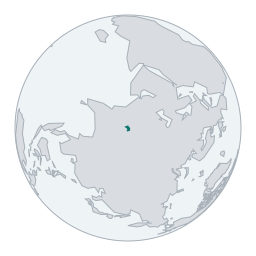 the Earth from above Azad Kashmir, rotated 134°
{"feature_id": "PAK-1109", "entity_name": "Azad Kashmir", "entity_type": "Centrally Administered Area", "adm_level": 1, "iso_a3": "PAK", "parent_name": "Pakistan", "parent_adm1": "", "projection": "orthographic", "projection_center": [73.919, 33.973], "detail": "fine", "context": "on_globe", "style": "filled", "palette": "teal", "viewbox_px": 256, "rotation_deg": 134, "n_neighbors": 0, "source": "natural_earth", "source_scale": "10m", "svg_char_len": 11463}
<svg xmlns="http://www.w3.org/2000/svg" viewBox="0 0 256 256"><g transform="rotate(134 128 128)"><circle cx="128" cy="128" r="113" fill="#eef3f6" stroke="#a8b0b8"/><path d="M154.7,18.6L155.9,19.3L164.0,23.3L169.3,25.2L166.0,24.5L177.9,29.1L184.0,33.0L175.4,28.2L173.2,27.5L176.5,29.9L174.9,29.7L175.7,30.9L173.5,30.6L168.6,28.1L167.2,28.0L169.6,29.7L169.0,30.7L165.6,28.2L164.2,29.8L155.8,26.7L148.5,21.3L142.1,20.5L130.1,17.6L129.5,18.1L124.5,17.7L122.0,18.3L120.5,17.9L119.7,18.7L121.6,19.0L121.9,19.6L120.6,20.0L118.4,19.5L118.8,19.2L117.4,19.3L116.9,18.9L116.4,19.3L114.0,18.8L114.4,20.0L110.8,20.2L109.7,19.7L112.4,18.8L116.8,16.4L116.5,16.1L113.4,16.4L102.0,18.4L100.9,18.7L109.8,16.8L118.8,15.7L127.8,15.4L136.9,15.7L145.9,16.8L154.7,18.6ZM96.7,19.8L99.2,19.1L97.4,19.9L101.0,19.2L100.8,19.5L103.5,19.5L100.2,20.6L95.6,21.8L93.2,22.0L91.1,22.6L91.1,23.5L84.4,25.3L76.2,29.1L74.7,29.6L76.1,28.2L82.0,25.2L82.5,25.0L96.7,19.8ZM80.5,25.9L79.7,26.2L78.4,26.9L80.5,25.9ZM73.1,29.7L71.4,30.6L71.5,30.6L73.1,29.7ZM158.2,19.5L158.3,19.5L156.6,19.1L156.9,19.1L158.2,19.5ZM173.4,26.9L171.5,25.7L173.9,26.9L173.4,26.9ZM176.1,31.1L177.2,31.5L177.1,31.9L176.1,31.1ZM105.1,18.9L104.3,19.2L104.2,19.0L105.1,18.9ZM107.0,18.7L107.4,18.3L108.4,18.2L108.1,18.4L107.0,18.7ZM173.8,32.0L173.3,32.7L172.9,31.5L173.8,32.0ZM106.2,19.2L110.1,18.0L111.8,17.8L112.0,18.6L106.2,19.2ZM172.5,32.9L171.5,35.0L173.8,36.0L166.9,34.6L170.0,33.1L169.2,31.4L170.9,32.6L172.5,32.9ZM122.8,19.0L120.7,18.7L123.7,18.5L122.8,19.0ZM124.6,18.8L133.2,18.2L135.5,19.1L132.2,19.0L136.2,20.0L133.1,20.7L130.2,20.3L129.3,19.5L128.8,20.4L124.6,18.8ZM163.2,33.6L162.2,33.8L162.3,33.1L163.2,33.6ZM122.2,19.8L123.8,19.5L125.9,20.2L123.2,20.9L123.4,20.4L122.2,19.8ZM138.8,20.0L139.9,20.8L137.7,21.5L137.8,21.9L133.2,20.8L138.8,20.0ZM122.2,20.5L121.8,21.3L119.6,21.4L120.9,20.1L122.2,20.5ZM127.6,20.1L128.5,20.5L127.1,20.5L127.6,20.1ZM111.5,22.6L113.2,22.1L114.5,22.4L111.5,22.6ZM121.8,21.6L122.6,21.5L123.3,21.6L122.6,22.2L121.8,21.6ZM132.0,21.5L130.9,21.7L133.8,22.0L132.3,22.7L129.5,21.8L130.0,22.5L129.6,22.7L127.8,21.8L132.0,21.5ZM123.9,23.1L119.9,22.6L116.3,23.4L115.0,23.1L121.0,21.8L123.9,23.1ZM126.4,22.4L124.6,22.8L124.0,22.1L124.8,21.5L126.4,22.4ZM132.2,23.5L135.3,22.6L135.8,22.9L132.2,23.5ZM123.0,23.5L124.0,23.6L122.8,23.6L123.0,23.5ZM129.5,23.6L130.6,23.2L131.1,23.5L129.5,23.6ZM125.2,24.3L123.9,24.1L124.4,23.6L125.2,24.3ZM127.3,24.1L127.8,24.5L125.4,23.6L127.6,23.8L127.3,24.1ZM129.9,23.9L130.5,23.9L129.4,24.0L129.9,23.9ZM124.0,26.4L120.8,25.3L121.9,24.2L124.9,25.3L124.0,26.4ZM16.5,121.6L19.1,102.6L20.9,98.9L23.5,92.3L38.0,82.4L38.6,86.6L47.2,92.9L47.9,94.9L44.2,99.3L48.5,112.2L53.0,109.6L59.6,118.3L65.7,121.2L72.7,112.2L62.7,107.1L63.6,101.3L73.8,101.1L82.9,105.9L83.5,103.8L80.0,96.9L84.4,94.5L79.0,94.3L79.5,97.0L76.2,97.1L75.6,94.7L77.1,93.9L75.0,91.7L68.1,96.9L67.8,100.1L60.9,97.7L59.8,103.0L57.1,104.1L58.0,95.5L59.7,93.2L59.4,82.6L57.0,84.7L57.1,95.0L56.1,93.5L52.9,96.9L54.5,93.1L55.0,81.7L50.3,79.3L40.3,84.4L38.4,82.6L38.6,78.2L46.2,69.6L49.7,74.6L52.4,72.0L55.1,66.1L55.9,68.3L57.5,66.6L59.1,68.4L64.8,66.7L66.9,68.2L72.4,63.8L74.3,64.1L70.5,66.5L69.0,69.2L74.8,73.4L76.9,73.1L80.0,70.0L81.2,71.7L83.4,68.2L88.3,69.4L84.2,65.2L87.8,62.0L92.5,60.8L92.9,59.1L85.2,61.0L82.8,62.6L81.9,65.0L74.7,69.0L72.0,68.5L76.8,61.8L73.5,60.4L78.6,56.2L96.3,52.9L102.0,53.7L104.6,62.0L101.4,63.5L98.8,61.2L98.2,66.3L99.7,64.4L100.7,66.0L104.3,63.7L105.2,64.7L107.1,60.9L108.6,61.9L107.4,64.3L114.0,62.2L117.9,63.8L119.0,62.9L119.0,61.4L124.0,64.7L124.6,63.9L123.2,62.5L123.4,60.0L125.7,57.0L127.3,58.3L126.7,59.5L127.8,64.3L125.9,67.7L126.8,68.0L128.8,65.4L127.5,59.5L128.4,57.3L129.5,59.9L129.2,58.8L130.2,58.2L132.7,58.8L131.6,56.0L140.2,48.3L145.8,49.2L145.8,52.1L153.5,49.1L159.2,51.0L157.9,49.5L160.7,47.6L158.9,46.9L158.5,46.1L164.8,41.5L167.5,41.7L168.7,38.7L168.0,38.1L166.1,37.7L166.9,34.6L173.8,36.0L175.0,37.3L178.5,37.6L180.7,40.7L184.2,43.7L184.5,47.4L187.3,49.7L188.3,49.5L192.8,52.8L198.3,60.3L189.1,54.7L179.9,44.8L183.3,48.7L181.1,48.1L181.4,49.7L183.9,52.6L185.1,52.8L181.8,59.9L185.0,69.2L188.2,67.2L191.7,68.9L198.1,79.3L197.7,97.0L202.4,100.6L203.7,103.7L201.8,106.8L199.9,102.3L196.7,101.7L195.9,98.8L192.3,102.7L190.9,98.8L188.8,104.0L191.2,106.5L194.9,104.3L193.6,110.9L199.2,114.8L201.5,121.1L197.5,135.0L190.9,140.8L190.9,143.0L187.4,141.6L184.1,146.7L191.5,156.2L191.7,159.4L185.8,167.2L185.4,165.0L176.3,161.3L175.5,169.2L182.4,173.8L184.8,180.2L179.9,179.3L177.4,173.6L174.1,172.1L174.4,165.5L170.5,156.1L165.5,158.9L165.3,154.8L159.2,147.2L151.7,150.8L140.1,162.6L139.5,172.8L135.0,177.3L127.3,162.8L125.6,152.6L121.7,153.4L114.6,144.3L99.1,141.8L98.0,138.8L94.8,139.6L90.1,135.8L88.7,130.9L85.3,130.4L89.3,143.2L93.0,143.8L97.6,140.2L97.8,144.5L102.6,149.0L93.6,157.3L72.3,160.5L72.0,152.6L65.1,127.1L66.3,124.9L66.3,124.6L66.3,124.0L63.9,127.4L63.3,122.4L65.1,139.6L64.6,146.2L72.0,160.9L70.9,161.7L73.8,165.0L85.3,165.3L85.0,167.7L78.4,177.5L64.1,187.2L67.0,197.0L67.7,204.1L61.1,205.6L64.1,211.2L61.0,211.1L62.3,213.8L61.2,215.1L58.4,215.0L51.1,209.9L48.8,207.2L42.3,199.6L32.5,182.8L32.3,178.0L30.9,172.4L25.8,156.3L26.8,150.4L25.9,146.3L23.8,144.5L23.1,139.6L22.0,138.0L16.8,129.8L16.5,121.6ZM30.2,90.0L29.1,91.8L30.2,90.0ZM90.7,116.3L97.3,118.6L97.5,111.3L100.0,111.7L99.2,109.2L97.5,110.8L95.7,104.1L99.7,103.0L100.5,100.1L98.3,99.2L91.3,102.2L93.7,111.7L90.8,113.9L90.7,116.3ZM69.0,32.5L66.2,34.1L68.5,32.7L68.4,32.6L73.1,29.7L74.3,29.8L72.9,30.1L69.0,32.5ZM79.6,26.3L76.5,27.9L79.8,26.2L79.6,26.3ZM64.3,56.7L63.8,58.5L61.5,59.8L58.8,58.7L62.0,56.7L64.3,56.7ZM63.5,60.9L69.0,54.9L70.9,55.7L68.9,56.2L69.6,57.3L66.6,58.5L63.1,65.3L60.8,67.0L57.0,63.5L59.5,63.6L59.9,61.7L63.5,60.9ZM79.6,41.1L82.0,39.2L83.0,43.1L80.7,44.4L77.8,43.1L78.9,40.9L79.6,41.1ZM105.8,21.0L106.7,20.5L107.3,20.6L107.0,21.1L105.8,21.0ZM112.2,22.3L102.8,23.3L103.2,22.8L97.1,24.4L96.0,23.6L100.0,22.5L94.6,23.3L97.8,22.1L94.0,22.9L103.0,20.5L105.6,19.7L103.1,20.9L104.0,21.5L105.2,21.6L110.6,21.1L116.7,19.9L118.6,20.6L118.3,21.4L117.1,21.8L116.3,21.2L115.3,22.2L113.2,21.6L112.2,22.3ZM113.8,34.7L113.3,33.1L111.0,36.3L108.8,35.2L108.7,35.7L106.1,35.6L102.7,36.4L102.1,35.7L101.0,36.3L99.2,36.4L97.6,37.1L95.9,36.2L93.7,37.0L94.2,36.1L90.9,37.8L92.6,36.2L90.5,36.3L89.9,37.8L85.2,32.5L81.8,32.0L78.1,32.6L81.6,30.1L87.3,28.1L93.5,26.9L96.3,27.9L97.3,26.8L99.0,27.0L97.4,27.8L100.7,26.7L101.7,27.1L107.2,26.9L111.5,25.3L113.6,25.3L112.4,26.2L115.4,25.7L114.6,27.4L116.1,27.5L116.8,29.4L113.6,31.2L115.6,31.2L116.2,32.9L113.8,34.7ZM124.0,26.9L120.7,29.0L117.9,29.6L117.8,26.0L116.6,25.7L116.4,23.7L120.5,23.1L120.1,23.7L120.8,24.1L119.2,24.1L120.9,24.4L120.5,25.3L121.7,25.9L120.3,26.4L124.0,26.9ZM50.2,94.1L51.0,95.1L52.6,96.1L50.7,98.4L50.2,94.1ZM50.4,86.3L51.4,86.7L49.4,90.2L48.5,89.2L50.4,86.3ZM53.6,84.1L51.6,86.4L52.2,84.6L53.6,84.1ZM71.6,66.8L72.8,67.2L72.2,68.0L70.8,68.8L71.6,66.8ZM106.5,44.9L106.7,43.7L107.4,43.6L109.9,41.2L111.7,41.9L110.9,43.7L106.5,44.9ZM70.0,113.1L67.2,114.1L66.7,112.8L67.8,112.7L70.0,113.1ZM57.7,106.2L59.7,109.1L57.1,106.8L57.7,106.2ZM108.9,45.4L109.7,44.2L110.1,45.3L108.9,45.4ZM113.1,42.4L113.9,43.5L112.2,41.8L113.1,42.4ZM121.5,239.5L123.4,239.9L121.4,239.8L121.5,239.5ZM84.8,208.3L81.9,218.3L77.1,216.9L74.8,213.3L74.8,206.7L79.8,206.2L81.9,203.4L84.8,208.3ZM206.6,187.4L208.9,186.6L208.8,187.0L206.6,187.4ZM204.2,187.1L207.0,186.0L203.6,188.3L204.2,187.1ZM208.1,185.5L210.9,183.3L212.1,182.0L211.8,183.0L208.1,185.5ZM202.3,188.0L191.0,192.1L186.3,192.5L187.6,190.6L195.1,188.6L202.3,188.0ZM187.2,190.7L179.9,188.3L168.9,177.4L172.8,176.9L184.2,182.4L183.5,183.9L187.9,186.2L187.2,190.7ZM204.3,176.7L203.5,181.0L197.5,183.1L194.6,183.4L192.7,178.9L193.8,175.8L196.1,175.1L204.6,162.3L207.7,163.3L205.3,168.4L207.7,171.0L204.3,176.7ZM140.0,173.7L143.0,179.4L140.5,180.5L140.0,173.7ZM207.3,154.1L204.4,159.8L206.9,152.8L207.3,154.1ZM208.5,147.9L209.0,149.9L207.3,148.5L208.5,147.9ZM191.4,146.1L188.9,147.4L188.5,145.8L191.5,143.2L191.4,146.1ZM203.2,126.5L204.3,131.2L204.2,133.0L202.5,130.6L203.2,126.5ZM125.3,52.2L119.9,54.5L117.2,57.1L117.5,59.8L114.7,57.1L118.9,53.1L125.3,52.2ZM138.2,48.5L137.8,46.5L139.5,46.9L139.8,47.4L138.2,48.5ZM136.9,47.6L133.6,46.0L134.4,44.6L136.8,46.1L136.9,47.6ZM121.1,45.2L119.3,45.8L119.1,44.8L121.1,45.2ZM212.4,202.6L212.9,202.0L210.5,204.7L209.7,205.6L210.5,204.6L208.9,205.7L192.2,218.7L189.3,219.7L191.6,217.4L192.2,212.8L193.3,212.4L194.6,208.4L205.5,199.9L213.8,188.7L217.9,186.4L222.2,178.4L225.8,175.6L223.7,181.1L226.2,180.5L231.1,167.9L229.6,176.3L229.6,176.7L224.7,185.8L218.9,194.5L212.4,202.6ZM212.3,184.8L215.8,180.0L217.5,178.8L212.3,184.8ZM239.2,146.3L239.2,145.9L239.2,146.0L239.2,146.3ZM239.0,146.9L238.9,147.1L239.0,146.8L239.0,146.9ZM235.0,157.2L235.8,159.3L234.6,161.5L233.4,160.9L231.6,165.7L227.9,169.3L229.0,166.5L228.8,164.2L224.4,167.0L223.5,165.8L225.3,163.3L222.0,164.2L225.6,160.7L226.9,163.4L228.8,158.8L231.6,156.7L234.0,155.1L235.5,155.4L235.0,157.2ZM225.2,169.1L225.8,168.6L225.1,170.2L225.2,169.1ZM238.7,146.6L238.8,147.2L238.7,147.8L238.6,148.1L238.7,146.6ZM235.9,154.2L237.7,148.2L238.0,147.6L236.8,153.1L235.9,154.2ZM237.5,146.9L238.1,146.0L238.3,147.1L238.2,147.8L237.5,146.9ZM217.9,170.9L217.7,172.0L216.7,171.8L217.9,170.9ZM219.3,169.4L222.2,168.6L218.9,170.5L219.3,169.4ZM209.4,171.1L210.4,173.2L213.5,169.9L211.1,173.5L213.0,176.6L212.2,178.5L210.4,175.1L209.3,180.1L207.9,180.7L207.3,177.1L208.9,171.5L210.3,168.8L215.9,165.0L209.4,171.1ZM219.3,166.3L218.5,163.8L219.1,161.4L220.0,162.5L219.3,166.3ZM215.7,157.9L213.1,155.6L211.0,158.1L214.9,150.8L216.8,154.2L215.7,157.9ZM213.0,151.1L211.1,153.4L212.8,149.4L213.0,151.1ZM210.4,152.4L209.9,150.0L211.5,149.5L210.4,152.4ZM214.0,150.7L213.8,146.1L215.0,148.3L214.0,150.7ZM208.3,144.6L212.4,147.1L207.6,147.5L205.9,139.2L207.8,138.1L208.3,144.6ZM209.3,104.7L208.0,102.5L209.3,101.0L209.9,103.0L209.3,104.7ZM212.4,94.9L209.2,100.0L206.5,104.3L208.0,104.8L208.7,109.4L205.6,106.5L206.4,100.5L208.8,98.0L207.7,94.3L208.5,90.7L206.2,86.7L206.1,84.4L208.9,87.3L212.4,94.9ZM205.0,85.1L201.2,77.8L204.3,77.0L205.8,78.4L206.3,82.1L204.6,82.2L205.0,85.1ZM201.1,75.9L199.5,76.0L190.3,67.3L189.2,65.4L197.8,71.2L196.7,71.7L198.4,74.1L201.1,75.9ZM163.3,34.4L162.3,33.9L163.5,34.0L163.3,34.4ZM157.4,45.8L157.1,44.8L158.5,44.9L157.4,45.8ZM156.8,42.0L155.4,42.6L156.2,41.4L156.8,42.0ZM152.5,44.2L154.6,42.6L153.5,44.9L152.5,44.2Z" fill="#d9dde1" stroke="#a8b0b8" stroke-width="1"/><path d="M130.1,126.7L129.9,126.7L129.2,126.6L128.8,126.4L128.7,126.4L128.5,126.5L128.4,126.6L128.1,126.6L128.0,126.8L127.9,126.9L127.9,127.0L127.8,127.3L128.0,127.3L128.1,127.5L127.9,127.8L128.0,127.8L128.3,127.9L128.5,127.9L128.6,128.0L128.4,128.2L128.4,128.3L128.2,128.3L128.1,128.5L128.3,128.8L128.4,129.1L128.3,129.3L128.2,129.3L128.1,129.5L128.3,129.7L128.4,129.8L128.6,129.9L128.7,130.0L128.7,130.3L128.1,130.0L128.1,129.9L127.9,129.9L127.7,129.8L127.6,129.7L127.4,129.5L127.4,129.4L127.5,129.4L127.5,129.2L127.4,129.2L127.5,129.1L127.5,128.9L127.5,128.7L127.4,128.7L127.5,128.5L127.5,128.4L127.4,128.4L127.5,128.2L127.4,128.1L127.3,127.9L127.3,127.7L127.3,127.4L127.2,127.4L127.2,127.2L127.2,126.9L127.3,126.8L127.5,126.8L127.6,126.7L127.7,126.4L127.8,126.4L128.0,126.3L128.1,126.2L128.3,126.0L128.3,125.9L128.2,125.9L128.3,125.8L128.6,125.8L128.8,125.8L128.9,125.7L129.0,125.8L129.1,126.0L129.4,126.3L129.5,126.3L129.8,126.3L129.9,126.2L130.0,126.2L130.1,126.3L130.2,126.5L130.1,126.7Z" fill="#14b8a6" stroke="#0f766e" stroke-width="1.5"/></g></svg>